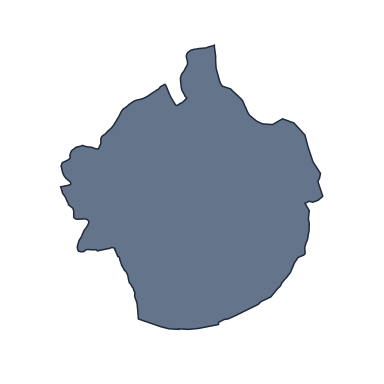 Tamya, Al Fayyum, Egypt, rotated 70°
{"feature_id": "37247803B840289217117", "entity_name": "Tamya", "entity_type": "district", "adm_level": 2, "iso_a3": "EGY", "parent_name": "Egypt", "parent_adm1": "Al Fayyum", "projection": "orthographic", "projection_center": [30.955, 29.468], "detail": "fine", "context": "isolated", "style": "filled", "palette": "slate", "viewbox_px": 384, "rotation_deg": 70, "n_neighbors": 0, "source": "geoboundaries", "source_scale": "gbopen_adm2", "svg_char_len": 3688}
<svg xmlns="http://www.w3.org/2000/svg" viewBox="0 0 384 384"><g transform="rotate(70 192 192)"><path d="M292.5,285.7L293.0,285.8L301.9,274.8L307.7,267.7L312.6,260.6L316.6,251.3L316.1,251.2L319.8,242.5L322.4,232.8L325.6,212.4L323.6,211.7L322.8,205.5L323.6,201.4L323.1,194.4L323.0,193.3L321.2,177.1L320.7,172.1L320.3,168.4L318.6,164.7L317.6,154.4L317.5,153.7L314.0,148.0L312.0,144.3L310.6,141.2L308.0,138.5L306.0,135.1L304.4,131.8L303.0,129.9L302.4,128.7L301.4,127.2L299.5,125.4L297.8,123.8L293.6,119.9L292.0,117.8L291.7,117.2L290.4,115.7L289.7,114.1L289.7,112.9L289.5,108.5L288.5,106.7L282.5,105.0L279.0,102.3L276.4,99.9L273.9,98.4L271.0,96.9L269.4,95.7L266.9,94.6L265.0,94.0L263.1,93.1L261.8,92.6L256.9,91.8L249.6,88.2L241.3,89.7L240.8,85.1L242.9,82.0L242.9,76.3L240.8,70.6L225.2,70.1L222.7,67.5L218.5,64.9L216.8,65.3L205.0,68.0L204.2,68.0L188.9,67.5L177.0,66.4L176.2,66.8L162.0,72.6L154.2,81.9L156.2,93.2L152.8,101.0L152.1,102.3L149.7,104.9L147.8,106.8L144.2,109.1L142.3,110.1L140.2,111.4L138.0,112.1L135.2,112.5L134.7,112.5L133.7,112.6L131.8,112.6L130.2,112.8L128.7,113.0L128.3,113.0L125.2,113.1L123.4,113.2L120.3,114.5L119.1,115.2L117.5,115.9L116.3,116.5L113.5,117.9L111.7,118.9L108.3,120.5L104.0,125.9L103.2,127.0L102.0,127.6L99.5,128.0L98.8,128.0L97.0,128.1L94.8,127.9L83.8,127.0L80.7,126.1L75.3,124.4L72.4,123.3L63.6,121.4L61.7,120.8L61.8,122.3L61.5,124.5L61.3,127.4L61.4,129.5L60.3,133.6L59.4,137.1L59.2,139.0L58.6,141.2L58.4,144.6L58.5,145.2L58.8,146.2L59.2,147.4L59.5,148.3L60.8,149.9L62.7,151.0L64.0,151.3L67.1,151.5L70.3,152.4L71.2,153.3L73.8,156.3L75.1,157.5L77.1,160.6L78.1,161.8L81.0,163.9L83.5,164.7L90.4,166.4L92.3,166.6L93.6,166.6L98.5,165.8L99.8,165.8L101.0,165.1L102.0,164.8L102.7,166.3L104.6,170.3L104.7,172.8L105.4,175.0L105.5,176.5L104.6,177.8L103.6,177.8L101.2,178.5L98.4,178.9L96.5,179.3L93.4,179.7L87.8,179.9L83.1,180.1L81.5,180.7L81.9,183.5L82.3,185.7L84.0,188.5L84.0,189.7L84.4,190.9L85.8,197.1L86.7,200.5L86.9,201.2L87.4,205.8L87.2,209.3L86.7,212.7L86.8,215.8L88.2,221.1L89.2,223.3L90.3,227.3L90.6,228.5L92.3,231.0L95.2,234.0L95.9,234.8L96.8,235.8L98.8,238.3L102.4,242.8L103.4,244.4L104.3,245.9L105.0,247.7L105.4,248.7L106.7,251.7L108.1,254.2L108.1,255.1L108.5,256.7L109.4,258.2L110.7,259.4L115.2,261.1L119.4,265.1L118.5,267.6L115.8,270.8L114.9,272.4L114.0,274.3L112.3,277.2L111.7,277.8L110.8,278.8L110.8,281.6L110.6,283.5L110.3,283.8L110.4,286.0L112.1,291.2L113.7,292.7L115.7,294.2L116.9,294.5L118.5,294.8L119.3,297.1L119.5,297.5L119.6,298.8L120.0,303.1L120.0,303.8L122.9,306.2L125.4,306.4L129.2,306.9L132.0,306.8L133.6,306.5L135.1,306.1L138.5,304.4L140.0,303.4L141.9,302.8L143.5,303.6L143.3,306.5L142.2,313.7L144.1,313.6L146.0,313.9L146.9,313.8L147.9,313.9L148.8,314.1L150.1,313.7L153.8,312.7L157.5,312.6L159.7,312.2L161.9,312.4L166.8,309.4L168.7,309.7L169.6,309.7L172.5,310.8L174.1,311.4L175.0,311.7L175.6,311.7L177.4,310.6L177.8,310.3L178.9,307.5L180.9,301.2L182.4,299.6L183.7,299.2L184.4,299.2L185.2,299.2L187.5,301.3L188.5,302.5L191.4,306.8L192.7,308.0L196.3,311.3L198.9,314.7L202.1,317.1L203.7,318.2L204.9,318.8L207.5,319.1L209.0,318.7L210.2,316.8L210.6,315.4L211.0,314.0L210.4,312.4L210.0,310.9L211.1,308.0L212.9,303.9L213.4,301.7L215.0,301.0L216.5,290.4L216.8,289.1L216.7,286.3L218.5,283.7L219.7,284.3L221.3,284.0L224.7,283.9L227.2,283.8L228.1,282.8L230.0,282.7L230.6,283.0L237.2,283.1L238.8,282.8L240.9,282.4L242.5,282.3L243.7,281.4L245.9,281.0L248.7,280.9L251.5,281.4L254.8,281.8L255.9,281.9L257.1,281.3L258.4,280.9L259.9,280.9L262.4,280.1L264.6,280.4L266.5,280.0L267.1,280.0L267.4,280.3L269.6,281.2L270.0,281.5L272.5,281.7L275.9,281.6L278.2,281.8L286.5,284.0L291.6,285.4L292.5,285.7Z" fill="#64748b" stroke="#1e293b" stroke-width="1.5"/></g></svg>